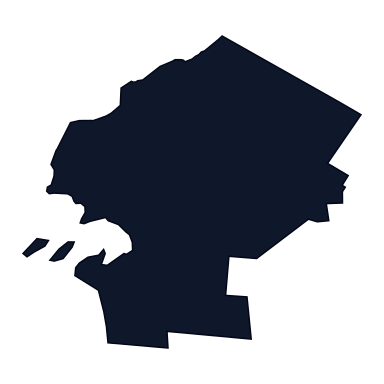 the district of Jefferson, New York, United States of America
{"feature_id": "52423323B83261755629665", "entity_name": "Jefferson", "entity_type": "district", "adm_level": 2, "iso_a3": "USA", "parent_name": "United States of America", "parent_adm1": "New York", "projection": "natural_earth1", "projection_center": [-76.104, 44.036], "detail": "fine", "context": "isolated", "style": "filled", "palette": "ink", "viewbox_px": 384, "rotation_deg": 0, "n_neighbors": 0, "source": "geoboundaries", "source_scale": "gbopen_adm2", "svg_char_len": 1374}
<svg xmlns="http://www.w3.org/2000/svg" viewBox="0 0 384 384"><path d="M361.0,114.7L339.6,102.3L222.1,36.0L218.3,39.6L204.4,51.0L201.3,52.0L198.9,54.6L195.5,56.3L192.2,59.0L185.3,61.7L184.3,61.3L183.7,60.3L182.6,60.0L181.2,59.7L175.0,59.7L172.5,61.2L160.1,66.4L142.7,80.0L137.8,80.7L135.7,82.0L132.9,82.1L131.4,81.3L121.1,88.0L120.3,105.4L111.2,113.2L106.0,116.1L93.0,120.7L91.6,120.5L79.3,120.6L70.5,122.6L57.2,148.9L56.1,150.5L51.0,164.4L54.3,169.9L54.0,176.2L51.2,185.0L47.4,187.1L46.7,191.2L49.3,193.7L54.0,193.1L67.6,193.8L72.1,196.3L74.1,201.4L75.9,203.5L80.8,203.2L84.9,206.6L85.2,212.5L81.6,218.8L80.2,222.9L84.1,223.7L89.9,221.4L105.6,217.5L108.2,220.7L118.5,224.6L125.9,231.9L129.5,234.8L132.3,242.4L132.5,247.9L132.6,250.4L126.5,254.3L124.0,253.5L107.3,265.3L101.3,264.6L105.2,253.5L103.6,249.4L98.7,255.2L88.0,257.2L79.3,263.1L75.7,267.7L74.9,275.6L96.4,289.0L98.4,290.2L103.8,311.7L106.4,326.5L108.0,342.8L168.0,348.0L167.0,331.4L251.2,339.1L247.0,296.9L225.6,295.4L228.9,256.3L256.6,258.5L308.4,219.2L317.3,221.8L328.8,220.7L326.3,203.6L342.5,203.0L342.4,191.7L345.3,187.2L342.2,185.3L348.2,175.6L327.6,163.4L331.8,157.2L361.0,114.7ZM49.9,260.2L54.2,261.1L63.1,258.6L72.1,247.2L74.2,242.0L68.1,241.9L59.0,249.1L49.9,260.2ZM23.0,253.5L27.0,256.8L34.2,252.0L44.9,246.1L48.5,240.5L37.0,238.6L23.0,253.5Z" fill="#0f172a" stroke="#020617" stroke-width="1.5"/></svg>